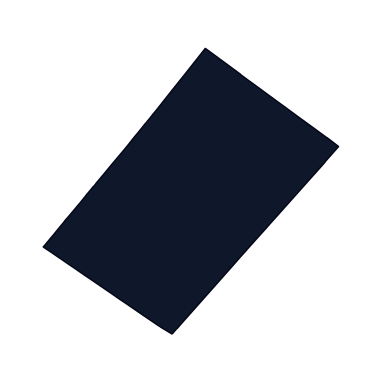 Grindu, Ialomita, Romania (Natural Earth projection), rotated 193°
{"feature_id": "2599482B93740752830620", "entity_name": "Grindu", "entity_type": "district", "adm_level": 2, "iso_a3": "ROU", "parent_name": "Romania", "parent_adm1": "Ialomita", "projection": "natural_earth1", "projection_center": [26.934, 44.758], "detail": "fine", "context": "isolated", "style": "filled", "palette": "ink", "viewbox_px": 384, "rotation_deg": 193, "n_neighbors": 0, "source": "geoboundaries", "source_scale": "gbopen_adm2", "svg_char_len": 1989}
<svg xmlns="http://www.w3.org/2000/svg" viewBox="0 0 384 384"><g transform="rotate(193 192 192)"><path d="M211.4,334.8L213.1,331.2L218.2,320.4L224.9,306.2L231.9,291.7L238.6,277.6L245.6,262.8L245.9,262.2L247.4,259.3L248.8,256.3L249.8,254.2L252.1,249.6L252.7,248.3L252.9,248.2L254.5,244.8L257.7,238.2L260.2,233.3L264.8,223.6L267.6,217.9L270.3,212.7L276.8,200.0L279.6,194.4L279.9,193.7L285.5,182.7L287.5,178.8L287.7,178.0L287.9,177.6L288.7,176.1L289.0,175.6L289.7,174.5L290.2,173.5L290.9,172.0L291.1,171.5L291.3,171.3L291.7,170.3L292.0,169.8L292.3,169.3L292.8,168.3L293.1,167.6L293.8,166.4L294.5,164.9L295.2,163.2L296.0,161.8L296.6,160.4L297.3,159.0L298.8,155.9L299.6,154.3L300.4,152.9L301.0,151.6L302.2,149.3L303.8,146.1L304.9,144.0L307.1,139.8L307.5,139.0L307.9,138.3L308.7,136.8L309.7,134.8L309.8,134.4L310.5,132.9L313.0,128.0L316.4,121.1L317.6,118.6L318.2,117.5L319.7,114.6L321.0,111.9L321.4,111.2L321.6,110.7L321.8,110.4L323.6,106.8L323.9,106.2L324.2,105.7L324.3,105.3L324.5,105.1L324.4,104.9L323.9,104.7L323.6,104.6L323.3,104.5L322.1,104.0L321.1,103.7L320.8,103.5L319.6,103.1L306.8,98.1L301.1,95.9L299.0,95.0L293.8,93.0L292.2,92.4L281.3,88.1L276.5,86.2L273.9,85.2L272.8,84.8L267.7,82.8L245.5,74.1L239.6,71.7L225.6,66.3L210.9,60.5L201.3,56.8L195.4,54.5L190.4,52.7L187.0,51.6L182.8,50.2L181.0,49.6L179.9,49.2L179.5,49.3L179.2,49.6L178.9,50.1L178.6,50.7L176.4,54.9L176.1,55.3L175.9,55.7L175.7,55.8L175.6,56.0L175.3,56.6L174.9,57.3L170.4,65.7L165.2,75.2L135.1,130.5L130.4,139.3L126.7,146.0L125.8,147.6L125.7,147.9L118.5,161.0L113.2,170.5L109.8,176.8L85.1,221.8L69.3,250.6L69.1,251.4L59.5,269.1L59.7,269.4L72.6,275.3L72.8,275.2L85.1,280.5L105.8,289.3L111.3,291.7L111.6,291.8L119.7,295.3L129.1,299.3L129.3,299.4L129.6,299.5L135.3,302.0L138.9,303.5L147.0,307.0L158.2,311.8L162.5,313.6L164.1,314.3L166.8,315.5L170.8,317.2L171.2,317.6L179.5,321.2L187.8,324.8L194.8,327.8L201.7,330.8L205.0,332.2L210.8,334.7L211.2,334.8L211.4,334.8Z" fill="#0f172a" stroke="#020617" stroke-width="1.5"/></g></svg>